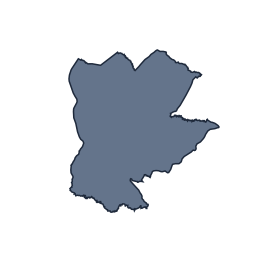 outline of Thung Si Udom, Ubon Ratchathani, Thailand, rotated 30°
{"feature_id": "78962969B14967279450618", "entity_name": "Thung Si Udom", "entity_type": "district", "adm_level": 2, "iso_a3": "THA", "parent_name": "Thailand", "parent_adm1": "Ubon Ratchathani", "projection": "robinson", "projection_center": [104.937, 14.739], "detail": "fine", "context": "isolated", "style": "filled", "palette": "slate", "viewbox_px": 256, "rotation_deg": 30, "n_neighbors": 0, "source": "geoboundaries", "source_scale": "gbopen_adm2", "svg_char_len": 5827}
<svg xmlns="http://www.w3.org/2000/svg" viewBox="0 0 256 256"><g transform="rotate(30 128 128)"><path d="M66.4,127.1L69.3,128.6L70.7,130.5L71.0,131.8L71.2,137.7L71.4,138.7L72.6,141.1L76.0,146.3L80.5,150.1L86.2,156.5L90.3,160.0L92.7,161.4L95.6,161.9L97.2,163.2L97.9,166.9L97.4,170.1L97.5,171.7L97.2,172.5L97.7,172.8L98.4,175.5L97.4,177.7L97.1,180.1L97.5,181.8L97.6,183.5L97.4,184.1L97.6,186.6L97.4,187.6L97.6,187.7L97.3,188.8L97.7,189.0L99.4,192.8L101.1,195.3L104.5,197.4L105.1,198.2L105.3,200.5L105.7,200.7L106.2,202.0L106.6,202.3L106.4,203.5L107.7,204.3L107.9,205.1L108.5,205.6L108.5,206.7L108.9,207.4L108.5,207.6L108.0,209.5L108.7,209.9L109.1,211.0L110.1,211.0L111.1,211.5L114.1,211.0L114.3,211.2L114.5,212.1L115.2,211.4L116.6,212.8L118.0,211.4L119.2,211.1L119.7,210.6L121.1,210.6L122.0,209.8L122.5,209.9L123.1,208.4L124.2,208.4L124.4,207.9L124.9,207.9L125.1,208.1L125.0,208.4L124.6,208.4L124.7,208.9L124.1,209.1L124.2,209.4L124.7,209.7L126.7,210.1L126.9,209.8L127.6,209.7L127.6,209.3L126.7,209.2L126.9,208.7L127.4,208.5L127.6,209.1L127.9,209.2L128.4,207.7L128.8,207.4L129.1,207.3L129.6,207.7L130.0,207.7L130.8,205.6L131.7,206.2L132.0,205.8L132.3,205.8L132.9,206.3L133.8,205.8L134.3,206.4L136.0,207.0L136.5,207.0L137.3,206.3L137.5,206.5L137.6,207.8L138.3,208.0L138.7,207.7L138.5,207.0L141.5,206.9L141.4,206.6L140.6,205.7L141.1,205.4L141.6,206.0L142.8,206.7L144.5,206.5L146.3,208.0L147.1,207.9L147.1,208.6L147.7,208.9L149.2,209.0L150.2,209.4L151.1,209.0L152.0,210.0L154.0,208.8L154.7,209.4L155.4,209.4L156.4,208.7L156.7,207.5L157.2,207.4L157.6,207.7L157.9,207.7L158.3,207.0L158.2,206.4L158.9,206.5L159.2,205.6L159.5,205.9L159.9,205.5L159.6,204.1L159.8,203.5L159.6,203.2L160.0,202.4L159.4,201.5L159.3,198.8L160.0,198.5L160.4,199.1L160.6,199.1L160.2,197.8L160.5,197.6L161.3,197.6L161.3,196.4L161.8,196.3L162.1,195.9L163.3,195.6L164.2,196.1L164.3,196.7L164.6,196.9L165.1,195.6L166.1,195.7L166.5,195.2L167.1,196.5L168.3,197.0L169.1,196.7L169.2,196.2L170.2,196.0L171.3,196.6L171.8,196.6L172.0,196.4L173.2,196.0L173.8,195.2L174.9,196.4L174.9,195.3L174.7,195.0L174.4,195.0L174.3,194.4L175.5,194.1L176.9,192.3L177.6,191.1L177.7,189.2L178.3,189.1L178.4,190.0L178.7,190.0L179.3,190.9L179.5,190.4L180.0,190.6L180.4,190.3L180.9,189.3L182.2,187.8L182.7,187.7L182.9,188.1L183.4,188.1L184.0,188.6L184.5,188.3L184.1,187.7L183.7,187.4L183.9,186.2L184.2,186.1L184.1,184.9L183.6,184.1L181.9,184.5L181.4,183.8L178.7,183.6L177.5,182.7L176.1,182.4L175.1,181.7L174.2,180.0L172.7,178.9L170.8,178.1L168.4,176.5L156.7,172.8L156.0,172.1L155.6,170.8L155.7,170.5L156.1,170.4L157.0,170.5L157.7,171.4L162.4,170.0L162.7,169.7L163.5,170.1L164.1,169.6L164.5,168.6L166.2,167.6L167.6,167.1L165.7,166.3L165.9,161.2L165.6,160.3L166.0,160.0L166.6,159.6L167.4,159.8L167.5,160.2L167.8,160.0L168.0,160.1L168.2,159.7L168.5,159.6L169.2,159.9L169.9,159.5L170.0,159.7L171.4,159.4L171.6,159.8L171.9,159.8L171.6,158.3L171.3,158.2L171.2,155.1L170.9,153.8L171.5,152.4L173.6,150.8L175.9,149.7L178.4,149.3L179.6,148.7L181.6,146.7L184.5,147.0L184.9,146.8L185.5,146.2L185.7,142.6L184.8,138.0L184.9,137.0L186.9,135.2L189.7,133.6L190.1,133.2L191.0,130.7L190.3,127.7L190.9,124.6L194.8,117.1L195.3,115.0L195.9,114.4L196.9,114.2L197.4,113.5L197.4,112.0L195.8,109.8L195.7,107.2L197.7,103.8L198.6,99.4L198.7,97.1L198.4,94.8L198.6,90.7L199.8,88.1L203.7,85.0L205.2,83.2L206.3,82.3L206.3,81.6L204.9,80.9L202.6,80.6L200.8,80.5L198.0,81.0L196.9,81.5L192.9,81.3L192.4,80.8L192.1,81.3L192.5,82.5L192.4,84.0L191.7,84.1L191.7,83.8L190.7,83.5L190.4,84.2L190.0,83.8L189.6,84.2L189.2,84.1L189.0,84.8L187.8,85.3L187.6,85.7L186.8,85.5L186.6,85.9L185.7,85.5L184.7,86.7L183.3,87.0L183.1,86.4L182.6,86.4L181.7,87.4L181.5,87.9L181.9,88.3L181.6,89.1L181.2,89.4L180.8,89.0L180.2,88.9L180.1,90.3L179.3,89.5L178.7,90.4L177.8,90.2L177.5,90.8L177.0,90.6L176.2,90.8L176.3,91.4L176.1,92.1L175.5,91.3L175.4,91.8L174.8,91.6L174.5,92.1L174.0,92.2L173.3,91.7L172.8,92.4L173.0,92.9L172.6,93.0L172.2,92.8L171.8,92.0L170.9,92.6L170.7,93.1L170.4,92.8L170.1,91.7L167.8,92.1L167.7,91.8L168.3,91.6L167.9,90.9L167.1,91.5L167.1,92.1L166.4,91.6L166.0,91.6L165.9,92.9L165.4,92.6L165.0,92.6L165.0,93.2L164.3,93.3L164.2,93.8L163.5,93.1L163.0,93.5L162.6,93.4L162.6,93.9L161.9,93.9L162.0,94.9L161.8,95.4L160.4,96.1L160.4,96.8L160.0,96.6L159.8,97.0L158.8,96.9L158.5,96.3L158.4,95.0L157.5,94.1L158.1,93.5L158.7,92.1L160.2,90.2L160.9,89.8L161.4,88.9L161.1,86.6L161.8,82.3L161.8,70.4L161.4,61.0L161.0,57.4L160.1,53.8L161.1,49.8L162.9,50.1L163.2,49.2L163.2,48.4L163.6,47.6L164.2,47.6L164.7,47.2L164.5,46.0L164.9,45.9L165.0,45.1L164.0,45.0L163.5,45.3L162.9,45.1L162.9,44.7L161.4,44.6L160.6,45.2L159.0,45.5L158.9,45.9L158.6,45.9L158.4,46.2L157.3,45.8L156.3,47.4L154.7,48.1L154.5,47.8L154.0,47.8L153.9,47.5L152.4,47.5L151.3,47.9L150.7,47.3L150.5,46.5L149.7,46.3L149.4,45.9L149.4,45.6L148.5,45.6L146.7,44.7L145.9,44.9L145.6,44.4L144.5,44.8L144.5,45.0L142.4,45.2L140.4,46.4L139.6,46.4L138.6,45.8L137.5,47.1L136.4,47.5L135.9,46.8L135.1,46.5L133.6,46.2L131.7,46.6L128.8,46.2L127.3,45.5L126.7,45.6L124.5,45.2L124.1,44.6L123.4,44.0L123.4,43.5L122.9,43.2L120.1,44.1L117.4,45.7L114.5,45.7L114.0,46.2L113.3,47.6L112.9,49.1L111.1,52.8L110.6,55.6L108.5,60.2L107.1,66.8L106.7,69.4L105.4,74.7L104.2,74.5L104.1,74.1L103.4,73.5L102.6,73.5L101.6,72.6L101.7,72.1L101.4,71.8L100.6,71.8L100.1,70.9L99.7,70.9L99.8,70.4L97.5,69.6L97.2,68.8L96.3,68.8L95.7,68.4L95.3,68.6L94.0,68.6L93.2,68.2L92.7,67.7L91.9,68.3L91.3,68.2L91.2,67.9L90.7,68.1L90.5,67.8L90.2,67.8L90.1,67.2L89.1,67.2L89.1,66.8L88.7,66.9L87.9,66.2L87.5,66.9L85.8,66.8L85.4,66.5L84.8,66.8L83.6,66.9L83.2,67.5L82.4,67.9L82.3,68.3L81.1,67.6L72.9,87.4L64.9,90.3L61.2,92.5L59.1,92.3L58.9,92.8L58.2,92.6L58.3,92.3L55.9,91.7L54.9,92.2L53.4,91.9L53.3,92.8L50.4,92.9L49.7,104.2L49.7,106.2L50.8,111.4L52.3,114.9L53.7,116.9L63.0,125.0L66.4,127.1Z" fill="#64748b" stroke="#1e293b" stroke-width="1.5"/></g></svg>